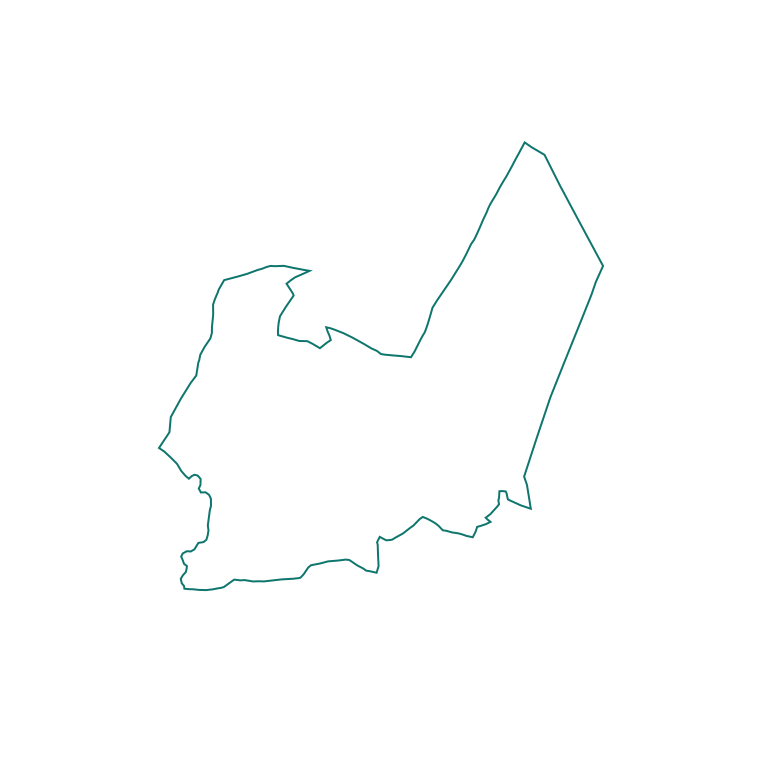 Sinjar, Ninawa, Iraq, rotated 122°
{"feature_id": "34846034B46284853096134", "entity_name": "Sinjar", "entity_type": "district", "adm_level": 2, "iso_a3": "IRQ", "parent_name": "Iraq", "parent_adm1": "Ninawa", "projection": "albers", "projection_center": [41.933, 36.336], "detail": "fine", "context": "isolated", "style": "outline", "palette": "teal", "viewbox_px": 768, "rotation_deg": 122, "n_neighbors": 0, "source": "geoboundaries", "source_scale": "gbopen_adm2", "svg_char_len": 3166}
<svg xmlns="http://www.w3.org/2000/svg" viewBox="0 0 768 768"><g transform="rotate(122 384 384)"><path d="M557.5,540.9L557.7,534.7L559.3,526.2L561.4,517.2L565.2,509.8L567.1,503.6L567.7,499.3L563.9,498.2L561.4,496.6L560.4,493.5L561.7,489.2L567.0,486.1L570.8,485.7L573.0,481.8L570.4,477.9L570.7,473.6L572.9,470.1L578.9,466.2L583.6,464.7L588.0,462.7L593.9,460.0L597.4,458.4L601.1,455.3L605.8,453.3L610.2,452.1L613.7,453.3L617.1,457.2L621.2,457.2L624.6,457.1L628.4,459.1L630.3,462.6L634.4,464.9L637.9,464.5L640.0,461.4L642.5,458.2L642.8,454.7L645.0,453.6L648.5,452.4L652.9,453.2L656.9,453.1L660.1,450.0L661.3,446.5L663.4,444.8L660.7,439.5L659.7,438.0L656.6,431.7L653.1,425.7L648.8,420.3L646.8,418.2L644.6,415.8L643.4,414.3L641.0,412.2L629.3,407.4L626.6,401.7L624.2,398.4L620.8,390.3L618.1,386.4L614.9,381.0L613.2,378.9L603.9,367.2L597.1,357.6L594.0,353.7L592.5,352.2L587.9,351.3L579.7,351.0L576.3,349.8L570.2,343.2L564.1,337.5L558.5,330.0L554.6,325.1L554.3,324.8L553.4,323.7L551.7,320.4L551.7,317.6L552.0,310.4L551.5,304.1L551.7,300.2L550.2,296.6L548.0,290.3L545.6,290.9L541.3,292.1L531.8,298.7L523.6,304.2L521.9,306.0L515.9,306.6L515.4,299.4L513.2,296.3L511.5,294.5L508.4,293.0L505.2,291.2L500.9,288.8L491.9,285.5L488.3,284.0L479.8,282.2L476.2,280.7L475.4,276.2L475.0,271.1L474.9,266.6L475.4,262.4L476.9,256.7L475.4,253.1L473.7,247.3L472.3,244.3L471.3,241.9L470.1,238.0L469.1,233.5L467.9,230.2L466.9,227.5L460.4,228.1L455.8,229.3L453.2,226.9L448.8,223.3L444.5,220.6L444.0,224.8L443.5,226.9L437.9,224.8L431.2,223.6L427.8,223.0L425.1,222.7L422.0,225.4L419.8,226.0L413.8,229.3L412.1,226.9L410.6,223.9L411.8,222.1L415.0,219.0L416.2,217.8L416.0,215.4L414.8,206.4L414.5,204.0L412.0,193.4L393.8,209.3L388.3,216.1L348.4,226.0L337.9,228.5L306.9,235.9L269.9,242.6L225.4,250.5L198.3,255.4L185.3,258.4L167.8,260.8L142.6,304.9L135.5,317.3L122.3,340.2L104.6,369.3L105.0,384.3L104.6,392.7L113.7,392.1L116.3,391.9L122.4,391.6L133.1,390.8L143.5,390.2L148.6,390.2L155.6,390.0L163.4,389.4L175.3,389.2L180.4,388.6L183.3,388.0L192.7,386.9L200.3,385.7L206.8,384.8L213.8,384.0L219.2,384.3L229.8,383.1L237.4,382.5L243.4,382.3L252.6,382.3L261.1,382.3L270.6,382.7L284.9,383.3L293.6,383.3L301.6,381.0L310.3,378.6L317.1,377.1L319.1,376.8L322.5,376.8L327.3,376.5L340.2,375.3L347.0,375.3L351.3,384.4L354.9,391.3L358.8,399.1L360.2,402.5L359.7,407.6L360.5,413.6L360.7,422.6L361.4,435.6L362.4,445.5L363.6,451.8L364.0,454.2L365.2,459.3L366.5,463.0L369.4,459.6L371.8,456.0L375.0,452.4L377.6,453.6L379.6,454.5L387.6,457.3L387.8,466.0L388.3,471.7L392.4,478.6L394.1,484.7L396.1,490.7L398.7,499.7L395.1,502.1L391.2,504.2L387.3,506.0L381.7,508.1L370.3,508.1L356.9,507.5L355.5,509.3L350.6,519.8L345.5,518.0L340.6,515.9L332.1,510.1L327.5,507.1L329.8,512.7L333.7,522.7L336.9,531.6L341.8,538.8L344.0,542.8L347.0,545.6L350.8,548.4L354.4,551.7L360.6,556.5L363.2,558.5L370.3,564.9L376.8,571.0L380.6,574.6L391.4,574.2L394.9,573.4L397.8,573.0L402.4,572.2L407.3,571.0L415.4,565.8L419.3,563.8L426.7,560.2L431.9,557.0L437.4,555.4L447.5,555.8L456.6,555.3L461.8,553.3L464.0,552.9L476.3,547.7L485.1,548.5L503.6,548.5L525.0,547.3L538.6,540.4L553.2,540.8L557.5,540.9Z" fill="none" stroke="#0f766e" stroke-width="2"/></g></svg>